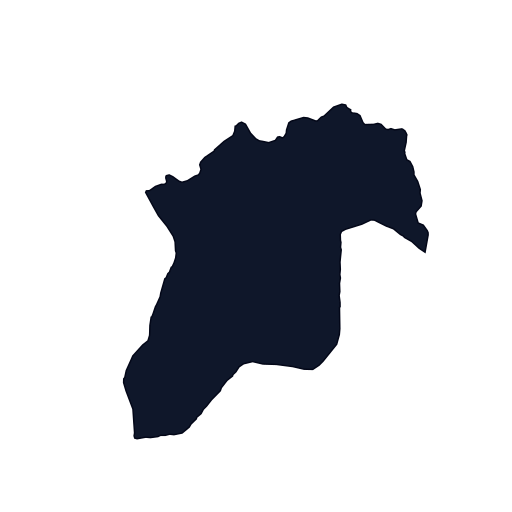 outline of La Unión, Zacapa, Guatemala, rotated 334°
{"feature_id": "79465075B65794247030645", "entity_name": "La Unión", "entity_type": "district", "adm_level": 2, "iso_a3": "GTM", "parent_name": "Guatemala", "parent_adm1": "Zacapa", "projection": "equal_earth", "projection_center": [-89.266, 14.957], "detail": "fine", "context": "isolated", "style": "filled", "palette": "ink", "viewbox_px": 512, "rotation_deg": 334, "n_neighbors": 0, "source": "geoboundaries", "source_scale": "gbopen_adm2", "svg_char_len": 2651}
<svg xmlns="http://www.w3.org/2000/svg" viewBox="0 0 512 512"><g transform="rotate(334 256 256)"><path d="M409.6,326.7L419.3,313.4L419.9,312.6L420.9,310.4L421.0,308.2L419.9,301.6L416.2,297.4L417.8,288.1L419.3,286.4L426.3,283.5L429.4,279.1L431.0,271.3L432.8,268.3L434.0,259.9L433.5,252.3L434.8,249.7L436.0,244.4L435.8,238.5L433.7,235.6L434.5,229.2L435.3,228.0L435.4,226.4L440.7,219.7L443.9,214.2L444.7,213.3L444.8,211.1L444.6,208.4L444.0,207.7L443.5,206.5L442.8,205.7L436.0,203.5L433.1,200.7L430.2,200.3L428.2,198.9L426.1,192.5L423.6,190.2L419.5,189.3L411.4,185.6L410.6,183.0L411.0,175.4L409.2,172.3L406.8,170.6L405.9,170.2L404.9,169.3L404.5,168.3L404.5,167.2L405.2,166.0L404.4,165.0L402.7,162.3L402.8,159.6L399.7,157.2L391.0,156.2L378.5,160.1L375.6,159.8L370.4,161.5L368.8,160.8L363.1,154.7L359.5,152.4L346.7,150.2L343.9,150.7L338.7,156.1L337.0,158.9L333.7,161.1L331.6,161.5L329.5,159.1L327.5,158.6L324.1,160.6L317.1,159.7L312.2,155.9L309.4,153.9L307.2,150.6L304.9,143.2L304.3,132.9L301.7,129.4L298.7,129.2L295.2,130.4L294.2,130.2L291.6,134.5L288.0,137.7L277.6,139.0L265.3,142.4L264.4,143.4L253.2,145.0L247.4,147.4L245.4,149.4L244.6,154.0L241.9,156.8L239.8,157.9L236.0,157.4L227.4,158.3L221.8,157.3L219.5,154.9L216.0,148.3L213.5,145.1L210.6,144.5L209.7,145.3L209.1,146.5L208.4,150.0L207.0,151.3L204.9,151.4L202.4,150.1L196.1,149.4L188.9,150.6L186.0,149.4L184.7,150.5L185.4,166.3L186.0,177.0L189.0,190.2L190.3,201.9L189.5,207.8L186.0,216.0L185.7,218.3L183.0,222.5L179.5,226.1L176.1,228.9L174.9,229.0L171.1,232.6L169.1,233.2L165.7,236.2L164.1,236.5L154.2,247.5L152.0,250.6L145.3,256.2L143.4,257.5L138.4,262.6L135.8,265.0L135.0,265.0L130.3,271.8L126.4,279.2L125.5,280.8L121.7,284.9L115.2,286.3L101.5,291.8L98.7,294.2L89.2,302.1L84.8,307.7L83.3,308.4L81.5,311.8L80.1,320.2L78.3,339.6L69.3,361.8L67.6,364.2L67.2,366.5L69.0,368.1L77.5,370.5L81.5,372.9L88.7,375.3L91.6,375.3L95.8,377.4L100.3,378.3L103.9,380.6L112.0,382.7L121.0,380.5L123.8,378.6L131.0,376.2L131.9,375.0L137.5,373.6L141.5,370.7L145.8,369.2L153.0,365.7L154.4,365.2L164.8,361.5L167.1,359.2L175.4,355.1L182.3,353.6L183.2,352.5L187.1,351.3L192.2,348.2L197.6,347.4L206.7,349.4L214.9,356.1L226.7,362.3L240.6,371.5L249.6,378.8L257.3,382.8L264.8,381.8L270.0,380.0L289.8,370.7L296.4,363.2L299.4,358.2L308.5,338.8L309.3,338.5L311.2,334.5L313.4,327.9L315.7,324.8L319.1,317.1L322.2,312.8L323.2,309.4L325.9,305.0L328.8,298.3L335.3,287.8L335.8,285.2L338.3,281.0L338.8,278.9L341.2,273.5L343.6,271.4L348.2,271.2L365.1,273.8L375.0,273.9L378.1,275.6L386.3,286.3L391.5,291.8L395.2,299.9L397.1,302.5L397.7,304.5L402.4,311.3L406.0,320.5L409.6,326.7Z" fill="#0f172a" stroke="#020617" stroke-width="1.5"/></g></svg>